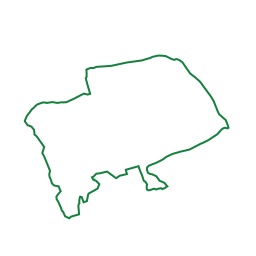 Maghrib Ans, Dhamar, Yemen (Albers equal-area conic projection), rotated 250°
{"feature_id": "15242507B95174628891381", "entity_name": "Maghrib Ans", "entity_type": "district", "adm_level": 2, "iso_a3": "YEM", "parent_name": "Yemen", "parent_adm1": "Dhamar", "projection": "albers", "projection_center": [44.109, 14.465], "detail": "fine", "context": "isolated", "style": "outline", "palette": "green", "viewbox_px": 256, "rotation_deg": 250, "n_neighbors": 0, "source": "geoboundaries", "source_scale": "gbopen_adm2", "svg_char_len": 2740}
<svg xmlns="http://www.w3.org/2000/svg" viewBox="0 0 256 256"><g transform="rotate(250 128 128)"><path d="M171.2,201.6L174.6,199.2L176.3,196.9L176.2,194.9L177.0,193.7L177.9,192.6L182.7,188.0L184.5,184.3L185.7,181.2L186.5,175.3L186.2,173.0L186.4,170.2L186.8,163.9L190.0,149.0L192.1,133.7L193.4,129.0L195.4,122.2L196.3,119.0L196.1,116.3L196.2,115.9L197.2,113.7L197.2,109.8L197.1,108.9L194.1,108.0L190.2,106.6L189.3,105.4L187.8,105.2L182.3,104.7L173.1,104.1L173.2,102.3L173.3,101.4L175.4,98.3L173.9,86.3L173.9,86.1L173.5,81.1L173.3,78.5L173.9,77.5L174.0,76.3L174.7,75.0L175.4,72.1L175.5,70.7L176.2,69.4L176.9,68.1L178.2,65.8L179.3,60.5L179.3,60.2L180.0,59.5L180.2,58.7L181.1,57.0L181.2,53.3L181.1,50.4L178.6,44.8L178.6,44.3L175.9,40.3L175.2,39.1L174.4,37.9L173.7,36.8L170.1,33.6L169.8,33.3L165.0,34.6L162.4,37.7L160.9,38.2L159.4,38.8L158.4,39.1L153.8,37.9L152.8,38.5L152.6,38.7L151.2,39.4L145.3,41.0L138.9,42.8L138.7,42.6L134.5,39.5L133.7,38.9L129.8,39.5L122.2,39.8L114.5,40.1L113.0,39.1L112.3,38.7L111.2,38.1L109.0,37.6L105.7,37.8L105.1,37.8L101.9,37.6L99.2,39.0L96.8,42.9L96.4,42.9L93.9,42.9L91.7,43.2L89.2,38.9L87.9,37.2L85.6,36.6L82.8,37.2L76.0,37.7L73.0,37.6L71.4,38.4L69.4,38.5L66.6,38.7L65.5,39.7L63.3,41.9L64.2,44.1L63.6,52.5L71.7,54.7L73.4,55.7L73.6,56.1L73.8,56.5L75.8,57.1L78.1,58.3L78.8,58.7L79.8,59.5L79.1,60.8L76.9,60.9L73.4,60.9L73.4,61.2L73.4,64.4L78.8,67.6L79.9,68.7L80.4,72.1L80.5,72.5L81.0,75.8L81.5,78.4L81.6,78.8L83.5,80.4L85.0,81.9L85.9,81.5L89.0,80.1L90.2,78.9L91.0,78.8L91.1,78.3L91.2,77.9L91.5,77.6L92.1,77.5L94.0,77.3L94.0,78.6L94.3,79.3L95.2,81.2L95.9,82.5L95.8,83.0L95.6,83.9L95.1,85.8L94.2,93.4L84.9,99.7L84.9,99.8L86.0,104.0L85.9,104.6L85.7,106.2L85.5,107.8L85.4,108.6L85.1,111.2L89.5,111.7L88.7,122.1L88.5,124.8L83.9,124.7L78.4,125.0L73.1,124.8L71.2,126.1L68.3,126.6L67.3,125.8L64.0,124.7L63.4,125.0L62.5,125.7L62.3,126.5L62.1,128.2L62.1,130.7L62.1,131.7L61.7,132.2L60.6,133.3L60.6,135.7L60.4,136.7L60.4,137.0L60.3,137.7L60.2,138.4L58.8,139.4L58.8,139.8L58.9,140.7L58.9,141.2L58.9,141.7L59.6,144.4L59.7,145.0L60.3,144.8L64.1,143.4L67.8,139.5L68.2,139.4L68.9,139.3L69.2,139.2L73.0,138.1L73.9,137.2L76.2,134.9L77.4,132.8L79.2,131.4L81.9,131.5L83.6,132.0L84.5,132.5L84.7,133.0L85.5,135.1L85.6,138.5L85.6,139.3L85.6,141.2L85.7,143.0L86.2,147.8L86.6,150.1L87.2,152.2L87.8,154.3L88.4,161.0L87.8,169.6L87.5,171.7L87.3,173.3L86.7,178.5L88.4,191.3L88.3,192.1L89.0,198.7L91.6,209.9L94.6,215.4L94.9,216.6L95.2,217.7L95.0,219.4L93.7,221.1L93.8,222.5L95.6,222.7L102.0,222.6L102.6,222.3L104.8,221.0L109.5,218.5L109.9,218.3L113.4,218.0L124.0,217.7L129.5,216.6L142.5,212.8L147.2,211.4L152.3,208.6L157.9,205.1L164.1,203.4L164.3,203.4L166.1,202.9L168.1,202.4L171.2,201.6Z" fill="none" stroke="#15803d" stroke-width="2"/></g></svg>